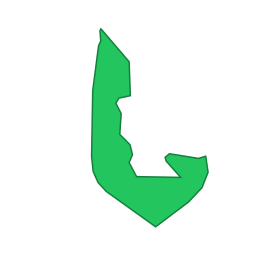 Sefton, orthographic projection, rotated 330°
{"feature_id": "GBR-5667", "entity_name": "Sefton", "entity_type": "Metropolitan Borough", "adm_level": 1, "iso_a3": "GBR", "parent_name": "United Kingdom", "parent_adm1": "", "projection": "orthographic", "projection_center": [-2.99, 53.595], "detail": "fine", "context": "isolated", "style": "filled", "palette": "green", "viewbox_px": 256, "rotation_deg": 330, "n_neighbors": 0, "source": "natural_earth", "source_scale": "10m", "svg_char_len": 554}
<svg xmlns="http://www.w3.org/2000/svg" viewBox="0 0 256 256"><g transform="rotate(330 128 128)"><path d="M102.5,227.4L77.5,172.2L74.8,160.3L76.1,148.2L82.2,134.5L116.2,77.9L143.6,42.1L147.9,39.0L152.3,29.8L154.0,28.6L154.4,29.8L154.9,32.5L162.1,71.2L146.2,101.2L135.1,97.6L129.9,100.5L129.3,112.1L117.7,129.4L121.4,143.5L118.5,153.4L111.7,158.5L111.1,174.4L148.9,197.1L144.5,175.8L145.4,172.0L151.0,171.0L173.9,189.6L181.2,191.3L175.2,206.4L162.2,216.7L143.2,222.4L124.1,224.7L102.5,227.4Z" fill="#22c55e" stroke="#15803d" stroke-width="1.5"/></g></svg>